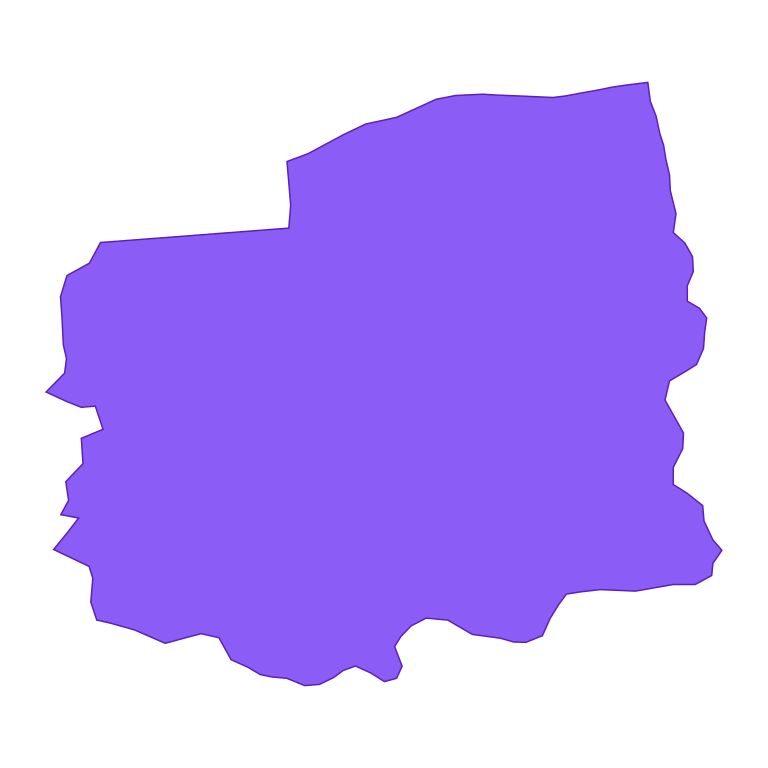 Frei Miguelinho, Pernambuco, Brazil (orthographic projection)
{"feature_id": "56859067B30384170983648", "entity_name": "Frei Miguelinho", "entity_type": "district", "adm_level": 2, "iso_a3": "BRA", "parent_name": "Brazil", "parent_adm1": "Pernambuco", "projection": "orthographic", "projection_center": [-35.879, -7.933], "detail": "fine", "context": "isolated", "style": "filled", "palette": "violet", "viewbox_px": 768, "rotation_deg": 0, "n_neighbors": 0, "source": "geoboundaries", "source_scale": "gbopen_adm2", "svg_char_len": 1500}
<svg xmlns="http://www.w3.org/2000/svg" viewBox="0 0 768 768"><path d="M272.1,677.0L286.8,678.3L304.8,685.6L319.5,684.4L333.7,677.5L343.2,670.5L355.4,666.0L370.9,673.0L384.4,681.6L396.6,678.3L402.1,666.2L394.6,646.5L400.9,636.5L411.1,625.9L426.1,618.1L447.8,620.1L472.3,634.4L500.2,638.2L513.7,642.0L525.9,642.3L542.4,635.7L550.2,618.3L558.6,604.7L566.4,594.1L580.9,591.8L600.3,589.6L635.5,591.1L673.2,584.5L695.2,584.5L711.7,575.5L712.9,563.4L721.9,550.3L712.9,539.9L704.0,521.0L702.7,505.6L687.2,493.3L673.2,484.5L673.3,467.3L682.7,448.7L683.5,433.0L665.0,400.0L669.5,380.9L686.2,371.0L696.5,364.5L703.5,348.6L704.7,331.7L706.7,318.1L699.5,308.3L687.3,301.2L687.3,285.8L693.3,271.5L692.5,256.6L684.8,243.0L673.3,232.6L676.0,213.7L670.3,190.5L669.5,174.9L665.8,158.8L663.6,145.2L659.8,133.6L656.1,116.2L650.3,101.3L647.8,82.4L625.4,85.2L611.9,87.2L597.1,90.2L582.9,92.7L565.2,96.0L552.9,97.5L524.7,96.2L507.2,95.5L495.3,95.0L483.0,94.2L455.6,95.5L436.1,99.3L396.4,117.4L365.7,124.0L343.2,134.8L308.0,153.7L287.0,161.5L290.7,205.4L288.8,228.1L100.5,242.5L89.5,263.1L67.0,275.5L60.5,296.7L62.0,317.4L63.3,344.6L66.5,358.7L64.6,373.1L46.1,392.0L66.6,401.5L81.3,407.3L95.3,406.1L103.0,429.3L81.3,438.3L83.0,463.6L65.8,481.7L68.6,500.4L60.8,514.7L78.6,518.0L67.8,532.1L53.6,549.5L89.1,566.4L92.8,578.3L90.8,602.0L96.8,620.1L109.5,622.9L134.5,629.9L165.2,643.3L188.4,637.0L201.2,633.7L218.9,637.7L231.1,659.7L247.8,667.2L260.1,674.5L272.1,677.0Z" fill="#8b5cf6" stroke="#5b21b6" stroke-width="1.5"/></svg>